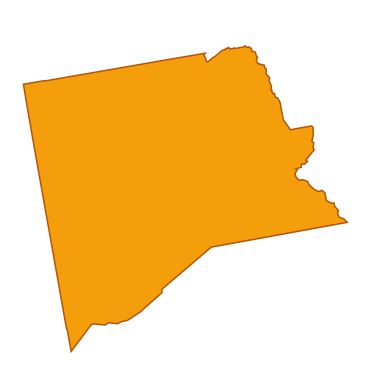 Graham, Arizona, United States of America, rotated 80°
{"feature_id": "52423323B31038299720868", "entity_name": "Graham", "entity_type": "district", "adm_level": 2, "iso_a3": "USA", "parent_name": "United States of America", "parent_adm1": "Arizona", "projection": "orthographic", "projection_center": [-110.126, 33.039], "detail": "fine", "context": "isolated", "style": "filled", "palette": "amber", "viewbox_px": 384, "rotation_deg": 80, "n_neighbors": 0, "source": "geoboundaries", "source_scale": "gbopen_adm2", "svg_char_len": 1987}
<svg xmlns="http://www.w3.org/2000/svg" viewBox="0 0 384 384"><g transform="rotate(80 192 192)"><path d="M57.6,154.8L57.4,204.0L57.4,204.6L57.1,317.1L56.7,318.4L56.6,339.3L77.4,339.5L113.6,339.6L304.9,339.3L306.0,338.8L328.0,338.7L305.0,314.1L305.0,310.8L307.9,300.8L306.2,296.7L308.8,288.4L307.4,284.2L307.2,277.7L300.8,263.0L299.3,261.0L285.8,238.9L282.7,238.8L249.6,182.5L248.8,44.4L244.9,47.1L242.3,51.6L236.9,52.3L236.0,50.8L230.8,54.1L227.4,54.1L227.1,56.9L223.7,61.2L215.9,61.2L212.9,63.7L213.6,67.0L211.1,70.8L205.4,75.3L201.7,76.3L199.2,80.6L198.7,85.0L194.6,87.3L191.2,87.0L188.0,84.2L187.3,85.8L186.6,80.2L183.4,79.3L184.1,76.4L181.9,72.9L180.3,74.4L171.6,64.3L169.5,65.1L164.7,63.5L163.2,65.2L155.7,62.3L148.7,61.7L147.7,63.0L147.7,76.4L147.8,84.3L136.6,89.6L132.6,89.6L132.0,89.6L122.7,89.7L119.1,89.7L114.0,91.4L114.0,92.4L113.0,93.5L111.7,93.6L111.3,93.8L110.5,93.8L110.2,93.4L109.1,94.2L109.4,94.8L109.1,95.4L108.2,95.2L107.5,95.9L106.5,96.1L106.1,95.6L105.4,95.8L105.1,96.5L103.7,96.2L103.0,95.8L101.4,95.3L100.7,95.9L99.6,95.9L97.5,96.3L95.5,96.8L93.6,96.0L92.6,95.7L91.2,96.9L89.7,98.1L88.1,98.6L86.9,98.1L85.6,97.9L83.8,97.6L82.3,98.7L80.8,98.7L79.5,99.0L79.5,100.2L78.4,101.2L78.3,102.3L77.8,103.4L77.4,103.4L76.9,104.5L75.7,105.5L74.3,105.6L73.8,105.9L71.9,104.9L71.1,104.1L70.3,104.1L69.8,104.7L68.0,105.0L66.2,105.5L65.5,105.4L64.8,105.9L64.2,107.1L64.0,108.1L63.3,108.8L62.6,108.5L61.6,108.5L60.3,109.2L59.0,110.9L59.1,112.1L59.1,112.6L59.0,113.2L58.1,113.6L57.2,114.3L57.6,115.4L58.1,116.1L58.5,117.3L58.0,118.3L57.9,119.3L58.1,120.8L58.2,122.1L58.2,123.8L57.5,125.2L57.7,126.4L57.7,127.6L57.7,128.7L57.9,129.0L57.6,130.0L56.9,130.2L56.0,130.7L56.1,131.5L56.5,131.6L56.8,132.8L56.5,133.7L57.2,134.3L57.7,136.2L57.7,137.5L58.7,138.5L58.6,139.7L59.7,140.8L60.2,141.6L62.5,145.9L63.5,148.5L65.9,152.5L66.3,154.2L66.0,155.1L64.7,155.5L63.5,155.4L61.9,155.5L60.6,156.3L58.5,156.1L57.8,155.0L57.6,154.8Z" fill="#f59e0b" stroke="#b45309" stroke-width="1.5"/></g></svg>